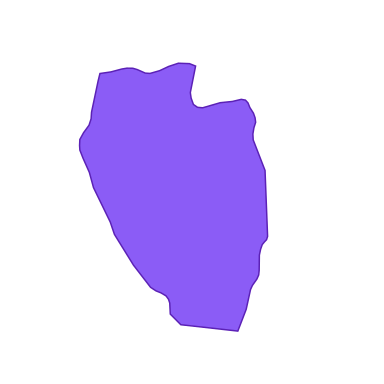 an SVG outline of Tafilah, rotated 66°
{"feature_id": "JOR-852", "entity_name": "Tafilah", "entity_type": "Province", "adm_level": 1, "iso_a3": "JOR", "parent_name": "Jordan", "parent_adm1": "", "projection": "albers", "projection_center": [35.57, 30.801], "detail": "fine", "context": "isolated", "style": "filled", "palette": "violet", "viewbox_px": 384, "rotation_deg": 66, "n_neighbors": 0, "source": "natural_earth", "source_scale": "10m", "svg_char_len": 965}
<svg xmlns="http://www.w3.org/2000/svg" viewBox="0 0 384 384"><g transform="rotate(66 192 192)"><path d="M46.3,227.9L49.3,217.3L51.1,206.1L52.4,201.1L54.9,195.7L57.9,192.2L64.4,186.3L66.6,182.1L68.0,172.2L67.8,162.2L68.8,152.1L73.7,142.1L78.4,137.5L81.4,139.6L100.5,153.1L105.8,154.6L112.6,155.1L116.9,152.5L119.4,148.0L121.9,129.9L125.7,118.3L127.4,109.3L129.8,105.8L133.4,104.6L138.3,104.8L145.0,103.8L149.9,104.2L154.2,105.5L158.5,109.3L163.8,112.8L169.3,114.9L202.0,116.5L263.3,141.0L265.9,143.3L267.0,146.0L268.6,149.2L272.2,152.6L277.0,156.1L290.9,162.5L294.9,164.8L297.9,168.1L301.9,174.8L304.9,178.2L321.2,190.2L337.7,206.7L308.7,256.2L294.7,261.5L284.4,257.5L280.4,257.1L276.3,258.0L271.5,261.4L267.7,265.1L262.3,268.6L235.1,275.2L199.2,280.1L186.1,278.9L147.9,280.2L132.3,277.8L116.9,277.8L108.1,277.4L103.8,275.8L98.4,273.1L93.7,266.9L89.1,258.9L84.1,254.4L78.2,251.3L52.1,232.4L46.3,227.9Z" fill="#8b5cf6" stroke="#5b21b6" stroke-width="1.5"/></g></svg>